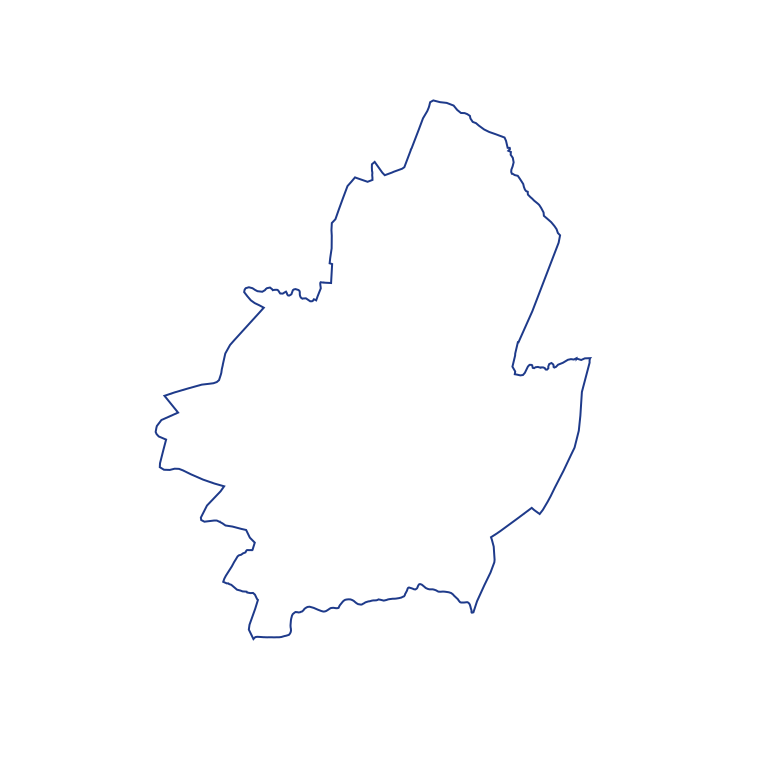 the district of Moshi Urban, Kilimanjaro, United Republic of Tanzania, rotated 291°
{"feature_id": "72390352B76512132105243", "entity_name": "Moshi Urban", "entity_type": "district", "adm_level": 2, "iso_a3": "TZA", "parent_name": "United Republic of Tanzania", "parent_adm1": "Kilimanjaro", "projection": "albers", "projection_center": [37.332, -3.346], "detail": "fine", "context": "isolated", "style": "outline", "palette": "blue", "viewbox_px": 768, "rotation_deg": 291, "n_neighbors": 0, "source": "geoboundaries", "source_scale": "gbopen_adm2", "svg_char_len": 6093}
<svg xmlns="http://www.w3.org/2000/svg" viewBox="0 0 768 768"><g transform="rotate(291 384 384)"><path d="M202.9,549.3L214.5,548.7L232.2,549.8L246.1,551.0L257.1,550.9L259.6,550.2L271.5,544.7L277.3,540.5L279.3,538.8L284.3,542.5L288.2,545.2L305.9,556.6L321.3,566.3L320.2,569.2L318.4,575.9L323.4,577.4L332.9,579.0L339.1,579.8L348.3,580.6L367.5,582.7L384.7,584.0L392.9,584.7L410.2,582.6L424.7,578.7L447.5,571.6L477.6,568.3L479.3,567.6L481.6,567.1L482.0,567.2L479.9,562.3L477.1,559.5L476.8,555.0L476.3,554.8L477.1,554.5L474.9,552.5L474.2,549.6L472.5,547.0L467.9,543.4L464.4,539.6L461.6,538.4L460.4,537.1L460.7,536.2L462.3,535.6L463.1,534.5L463.6,532.8L461.8,531.1L459.3,531.1L457.5,531.8L455.8,531.0L455.5,529.7L456.5,528.3L456.5,526.6L455.6,524.3L455.3,524.3L455.1,521.6L453.9,519.4L452.6,518.5L452.4,517.1L454.6,515.6L454.6,514.4L454.0,513.0L451.9,512.1L444.9,511.5L442.2,510.5L440.9,508.2L440.4,504.7L440.0,502.6L442.7,502.0L446.2,497.7L457.6,496.2L459.4,495.6L471.0,494.0L471.1,494.6L505.1,496.4L578.5,496.4L585.9,495.1L587.3,492.2L590.4,489.6L592.6,486.4L595.0,482.1L596.2,478.9L598.3,473.0L601.3,471.5L604.7,467.6L606.8,464.7L607.5,463.0L609.0,458.4L610.2,455.8L610.9,453.8L612.4,450.5L613.3,450.0L615.0,449.3L615.0,447.6L616.0,445.9L618.1,444.0L620.6,442.3L624.2,437.4L626.3,434.3L625.9,431.2L626.3,429.0L626.1,428.0L626.8,427.5L627.5,426.8L629.7,426.1L633.1,426.1L637.4,425.6L641.3,423.2L643.4,420.1L646.1,419.3L646.3,416.5L648.5,417.4L649.5,416.7L648.8,414.8L654.7,410.8L657.3,408.2L657.2,398.2L657.0,391.9L657.5,386.3L659.2,380.0L660.5,376.4L660.5,372.9L662.8,369.6L665.1,368.1L665.8,365.0L665.8,362.2L664.6,358.7L666.1,354.1L668.9,349.2L668.9,341.8L667.2,335.3L666.4,328.4L663.6,326.1L659.7,326.6L658.0,326.7L654.3,326.6L646.0,325.2L634.0,325.3L613.8,325.3L612.6,325.0L612.3,325.2L593.7,325.3L591.5,323.8L585.7,317.1L584.2,315.6L579.2,309.9L580.7,306.7L588.0,295.7L584.8,294.0L581.7,295.1L578.5,296.5L577.9,297.0L576.6,297.6L574.8,298.1L572.6,299.2L570.4,300.1L566.9,296.2L566.5,284.4L566.5,282.9L561.3,281.1L555.7,279.0L542.6,279.1L530.8,279.3L520.4,279.6L515.6,277.6L508.8,279.8L503.7,282.1L491.9,286.5L482.5,288.6L477.2,290.0L477.4,292.6L459.3,298.4L457.0,291.3L457.1,291.2L456.9,290.9L456.3,288.4L455.7,288.3L454.9,288.5L453.6,289.1L452.0,290.0L450.6,290.7L441.9,290.6L437.8,290.7L438.0,288.7L437.9,288.1L436.4,287.9L435.4,287.1L434.8,285.4L436.0,280.4L434.7,277.5L434.4,277.2L434.8,275.7L434.9,275.4L435.6,274.6L436.4,273.9L437.8,273.1L438.8,272.8L440.0,272.2L440.6,271.7L441.1,270.5L440.9,267.4L440.0,266.0L438.9,265.3L434.7,265.4L433.7,264.8L432.5,263.7L432.3,262.7L432.9,261.6L434.0,260.7L434.7,259.9L435.1,259.4L433.5,258.1L432.1,257.1L431.3,254.7L432.0,253.6L432.9,252.5L433.6,251.2L433.6,250.3L433.2,249.3L432.9,248.5L432.1,247.1L431.7,246.5L432.3,245.8L433.2,243.0L431.5,240.4L430.4,239.7L428.9,239.2L426.5,237.3L425.3,232.6L425.6,230.0L426.3,226.9L425.9,223.2L423.9,220.6L423.4,220.4L422.0,220.1L419.7,220.5L417.0,224.9L414.4,229.7L413.2,234.3L412.8,239.4L412.2,244.1L410.9,243.8L411.0,244.0L371.5,228.6L365.3,226.3L355.6,224.9L344.1,226.6L343.9,226.7L339.6,227.3L336.2,228.1L334.3,228.3L328.5,228.6L325.9,227.2L323.6,224.5L321.5,220.6L318.1,214.1L309.5,202.5L301.1,191.5L294.3,183.3L283.5,202.0L270.6,189.1L263.4,187.0L261.6,187.2L257.4,188.0L255.7,189.7L254.3,192.5L254.0,200.5L243.1,201.7L229.7,203.3L226.0,204.5L225.1,209.3L227.0,214.8L229.9,218.9L231.3,223.0L231.3,227.3L230.5,236.1L229.9,249.4L230.3,261.4L231.2,271.4L225.3,269.9L207.1,262.3L193.6,260.9L191.5,262.1L191.1,265.7L195.7,274.4L196.6,276.9L196.4,280.0L196.5,280.1L196.4,280.2L196.0,283.2L195.1,286.7L196.6,293.6L197.6,302.8L198.3,307.6L192.5,313.8L190.0,319.3L189.6,320.2L182.0,320.7L181.5,320.3L181.4,319.6L180.7,318.0L180.1,316.2L179.7,315.5L179.0,315.2L177.1,315.0L175.3,313.0L173.5,311.9L172.9,311.1L172.0,309.9L170.6,309.1L166.6,308.4L164.1,307.9L159.2,307.3L148.4,305.1L145.1,304.7L141.7,304.8L141.5,308.6L142.1,310.2L141.7,311.0L141.8,313.4L139.3,320.5L139.7,324.0L139.7,326.3L140.9,330.2L140.3,330.9L140.9,334.2L142.0,336.6L141.1,339.0L137.8,342.5L137.2,343.7L128.0,344.3L111.1,344.7L106.3,345.8L99.1,353.5L100.4,354.0L101.6,354.6L102.5,356.1L103.3,358.5L104.3,361.8L105.6,365.6L106.8,368.5L108.0,371.9L110.1,377.1L111.0,378.8L113.0,381.4L113.9,382.8L115.7,385.1L117.1,385.6L118.6,385.8L120.3,385.6L122.1,384.8L123.4,384.0L125.2,383.2L130.4,381.7L132.1,381.4L133.3,381.3L134.7,381.1L136.5,381.3L138.6,382.5L139.4,383.1L139.6,383.5L139.7,384.4L140.0,385.1L140.0,385.9L140.8,387.4L141.4,387.9L142.2,389.0L143.9,389.9L144.9,390.1L145.9,390.5L147.6,391.7L148.5,392.6L149.4,394.3L149.6,396.3L149.8,398.6L149.6,403.2L149.6,406.8L149.8,408.8L150.4,410.2L151.4,411.4L153.7,413.1L154.8,413.8L155.8,414.7L156.4,415.8L156.9,416.9L157.5,419.5L157.9,420.6L158.7,421.8L161.4,422.0L165.1,423.2L166.3,423.6L167.6,424.3L168.6,425.1L169.5,426.5L170.3,428.1L170.9,430.0L170.9,432.0L170.6,433.7L170.0,435.3L169.5,436.9L169.2,438.7L169.8,441.6L170.2,442.3L171.2,443.1L172.1,443.9L173.5,444.9L175.4,447.3L176.1,448.6L177.4,450.3L178.2,451.7L179.2,454.2L180.1,455.4L180.9,456.0L181.3,458.1L181.7,461.4L182.7,462.9L183.4,463.9L184.3,464.9L185.1,466.2L186.6,469.0L187.2,470.5L187.9,472.0L189.4,474.6L190.9,476.8L192.0,477.7L192.4,478.2L192.7,478.6L193.3,478.9L194.3,479.1L195.7,479.0L196.6,479.2L197.2,479.2L197.7,479.3L199.3,479.5L201.5,479.4L202.3,479.6L202.7,479.9L203.0,480.4L203.0,480.9L203.2,483.4L203.2,484.5L203.1,485.2L203.3,486.4L203.5,487.0L205.0,488.0L206.0,488.2L206.7,488.1L208.2,488.2L209.0,488.4L209.6,488.6L210.0,489.1L210.2,489.8L210.2,491.2L209.8,492.5L209.5,493.3L209.1,494.6L208.7,495.5L208.5,496.4L208.4,498.3L208.5,499.2L208.6,500.0L209.8,503.2L210.0,505.0L210.0,506.8L209.7,508.5L209.7,509.4L210.3,511.2L211.3,513.3L211.6,514.1L211.8,514.9L212.0,515.6L212.6,518.3L212.8,519.3L212.9,521.7L212.2,524.0L211.6,525.0L209.4,530.4L208.8,531.0L207.9,532.6L207.6,533.2L207.6,534.2L208.6,536.9L210.0,539.6L210.2,540.3L210.0,541.2L209.6,542.1L208.9,543.1L207.1,544.5L205.5,545.6L204.1,546.8L202.4,547.4L202.0,547.8L202.1,548.2L202.5,548.8L202.9,549.3Z" fill="none" stroke="#1e3a8a" stroke-width="2"/></g></svg>